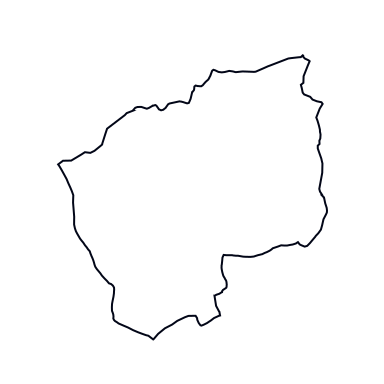 outline of Bengkulu Tengah, Bengkulu, Indonesia, rotated 278°
{"feature_id": "22746128B16836972822517", "entity_name": "Bengkulu Tengah", "entity_type": "district", "adm_level": 2, "iso_a3": "IDN", "parent_name": "Indonesia", "parent_adm1": "Bengkulu", "projection": "mercator", "projection_center": [102.45, -3.678], "detail": "fine", "context": "isolated", "style": "outline", "palette": "ink", "viewbox_px": 384, "rotation_deg": 278, "n_neighbors": 0, "source": "geoboundaries", "source_scale": "gbopen_adm2", "svg_char_len": 5264}
<svg xmlns="http://www.w3.org/2000/svg" viewBox="0 0 384 384"><g transform="rotate(278 192 192)"><path d="M343.4,283.1L340.7,281.0L340.3,279.0L338.3,271.2L337.6,268.8L332.0,258.7L328.0,251.5L327.1,249.8L324.1,245.0L320.0,238.3L319.6,236.7L318.8,228.8L318.4,225.2L316.8,218.8L316.8,217.9L317.0,216.6L317.1,215.3L317.1,212.0L315.4,207.8L314.6,204.8L314.6,201.5L315.2,199.6L315.7,198.1L316.0,196.2L315.0,195.2L314.5,195.0L311.3,194.3L311.2,194.3L311.0,194.2L310.9,194.2L310.6,194.2L310.3,194.1L310.2,194.1L309.9,194.0L309.7,194.0L309.5,193.9L309.4,193.9L309.2,193.8L308.9,193.7L308.4,193.5L308.1,193.4L307.9,193.3L307.7,193.3L307.6,193.2L307.4,193.2L307.2,193.1L306.9,193.0L306.7,192.9L306.4,192.8L306.2,192.7L305.8,192.6L305.7,192.5L305.5,192.3L305.3,192.2L305.1,192.0L304.9,191.9L304.4,191.4L304.0,191.1L303.7,190.8L303.4,190.6L302.7,190.0L302.4,189.8L301.9,189.5L301.6,189.3L301.4,189.2L301.2,189.0L301.0,188.9L300.7,188.7L300.4,188.5L300.2,188.4L299.8,188.2L299.1,187.7L298.9,187.5L298.7,187.2L298.5,186.9L298.1,186.6L298.0,186.4L297.9,185.5L297.9,185.3L297.8,184.6L297.8,184.2L297.8,183.8L297.8,183.6L297.7,183.1L297.7,182.7L297.7,182.4L297.8,182.2L297.8,181.9L297.9,181.1L297.9,180.7L297.3,180.2L296.8,179.7L296.7,179.7L295.9,179.7L294.6,179.8L293.4,179.8L292.7,179.5L291.8,178.9L290.8,178.4L290.6,178.3L290.6,178.2L290.0,178.2L285.7,177.8L283.8,177.6L283.2,177.4L281.6,177.0L281.3,176.9L281.0,176.8L280.2,176.6L279.8,176.5L279.6,176.1L279.3,175.3L279.1,174.8L279.5,172.3L279.6,171.8L279.8,170.7L279.9,169.5L280.0,169.2L280.0,168.8L280.0,167.8L280.0,167.0L280.0,166.8L279.8,166.4L276.5,157.4L276.3,157.1L276.2,157.0L276.0,156.8L275.7,156.4L275.5,156.1L275.4,156.0L275.2,155.9L274.9,155.8L274.2,155.5L273.7,155.2L273.2,154.9L272.1,154.4L271.7,154.2L271.3,153.9L270.7,153.2L270.0,152.6L269.5,152.2L269.3,151.7L269.0,151.0L268.8,150.5L268.6,150.0L268.9,149.0L269.3,147.8L269.3,147.7L269.6,147.5L269.7,147.4L269.8,147.3L269.9,147.2L270.0,147.1L270.8,146.4L271.3,145.9L271.7,145.5L272.5,144.8L272.7,144.4L273.0,143.5L272.9,143.3L272.7,142.9L272.0,141.3L272.0,141.2L271.9,141.2L271.6,140.6L269.3,137.7L268.2,135.7L268.5,133.8L269.2,130.0L268.6,126.2L267.5,124.1L264.2,121.9L264.2,122.0L261.0,116.3L258.8,114.8L242.9,99.1L237.4,98.1L227.3,96.4L226.5,96.4L225.0,95.1L219.2,89.7L216.6,85.9L216.5,80.4L213.8,77.3L209.6,72.1L206.3,68.0L205.0,59.9L200.7,55.6L199.1,57.1L195.3,60.1L191.3,63.1L187.4,66.0L183.5,68.3L179.3,71.0L176.1,72.9L172.3,74.9L168.5,75.3L164.9,75.7L160.0,76.8L154.6,78.0L151.0,78.8L147.7,79.2L143.3,79.8L139.8,81.1L137.0,82.5L134.9,84.0L132.6,85.8L130.3,87.6L128.6,89.3L126.7,91.4L124.4,93.4L122.6,95.4L120.7,97.1L119.1,99.0L117.0,100.0L115.3,101.0L114.7,101.3L113.5,102.1L111.8,103.1L110.5,103.8L108.6,104.7L108.4,104.8L106.9,105.4L105.1,106.3L104.3,106.8L102.4,108.5L98.7,112.6L96.7,114.4L94.2,117.4L92.1,120.2L90.0,122.5L89.6,124.7L88.3,126.7L86.5,128.1L84.4,128.5L82.6,128.6L80.8,128.8L77.2,128.8L72.7,128.5L70.0,128.4L66.7,128.7L63.2,129.3L61.2,130.4L59.7,131.1L57.7,131.6L55.8,131.7L54.5,132.5L53.5,133.7L52.6,135.8L51.6,137.6L50.8,140.5L50.1,143.0L48.9,147.5L47.0,152.9L45.6,158.1L44.6,162.6L43.8,166.5L43.6,168.8L41.9,171.8L40.6,174.1L41.0,174.5L46.8,178.2L53.3,184.2L57.9,190.7L62.3,195.3L67.0,202.4L68.8,205.7L69.7,211.3L69.9,212.8L67.8,214.6L66.2,215.0L63.2,216.9L61.2,218.9L61.0,219.9L61.8,221.4L62.5,222.5L63.2,223.5L64.3,225.1L66.2,227.2L67.3,228.5L70.2,231.3L71.1,232.7L71.8,233.8L73.1,235.8L73.6,237.0L75.0,236.5L77.2,235.8L77.5,235.4L82.6,231.7L92.4,228.7L92.4,228.8L93.7,230.5L95.0,233.2L96.5,234.9L97.0,235.7L97.9,235.6L99.3,236.3L100.1,237.2L100.8,238.0L101.5,238.8L102.1,239.3L102.9,239.4L103.6,239.4L104.3,239.3L105.1,239.3L106.2,239.0L106.7,238.9L107.5,238.7L108.6,238.3L109.3,237.9L109.8,237.4L110.7,236.7L111.5,236.2L112.2,235.6L112.9,235.0L113.6,234.6L114.4,234.2L116.7,233.2L118.1,232.7L119.9,232.1L120.4,232.0L121.0,231.8L122.1,231.7L123.5,231.5L124.1,231.6L124.4,231.6L127.3,231.5L127.5,231.5L131.3,231.3L134.1,232.1L134.2,235.0L134.4,236.1L134.6,237.7L135.0,240.3L134.9,241.9L135.0,244.2L135.3,246.3L135.2,248.7L135.1,251.6L135.3,254.0L135.5,255.4L135.6,256.7L136.0,259.4L136.7,262.2L137.4,263.6L137.7,264.2L138.7,266.3L139.3,267.9L139.8,269.1L140.2,270.2L141.8,272.5L142.9,274.5L144.7,277.1L145.7,278.2L146.4,278.9L147.5,279.8L148.5,281.8L150.0,284.8L151.6,287.7L151.8,290.4L152.2,293.6L153.3,296.7L154.0,299.0L155.5,302.1L156.8,303.5L157.1,303.9L155.1,305.9L154.6,307.3L153.6,311.2L154.7,313.6L157.8,315.9L160.4,317.5L161.7,318.3L164.7,320.2L165.6,320.6L166.2,321.0L168.7,322.8L172.7,324.9L175.0,325.2L177.3,325.5L181.0,325.8L183.3,326.0L188.4,327.8L190.4,328.4L192.3,328.3L195.0,327.6L197.1,326.6L199.1,325.6L201.0,324.9L204.9,323.5L204.9,323.2L205.3,323.0L206.7,321.2L206.8,321.6L207.0,321.5L210.2,318.7L212.8,317.6L229.1,318.3L238.4,317.2L243.3,315.3L248.3,312.7L252.6,310.5L255.4,310.1L257.3,311.6L260.5,311.0L262.9,311.6L266.7,311.3L268.6,310.7L269.2,310.4L271.5,310.0L275.6,308.4L280.0,306.4L283.1,304.7L292.4,306.9L297.4,309.1L298.9,307.7L299.2,303.1L300.3,298.5L302.7,295.8L303.7,291.6L304.2,289.5L305.8,287.8L310.3,286.2L313.3,284.9L315.6,287.1L322.2,286.4L333.4,289.1L337.9,290.3L338.6,289.2L339.3,287.0L339.8,285.3L341.2,283.5L342.9,283.0L343.4,283.1Z" fill="none" stroke="#020617" stroke-width="2"/></g></svg>